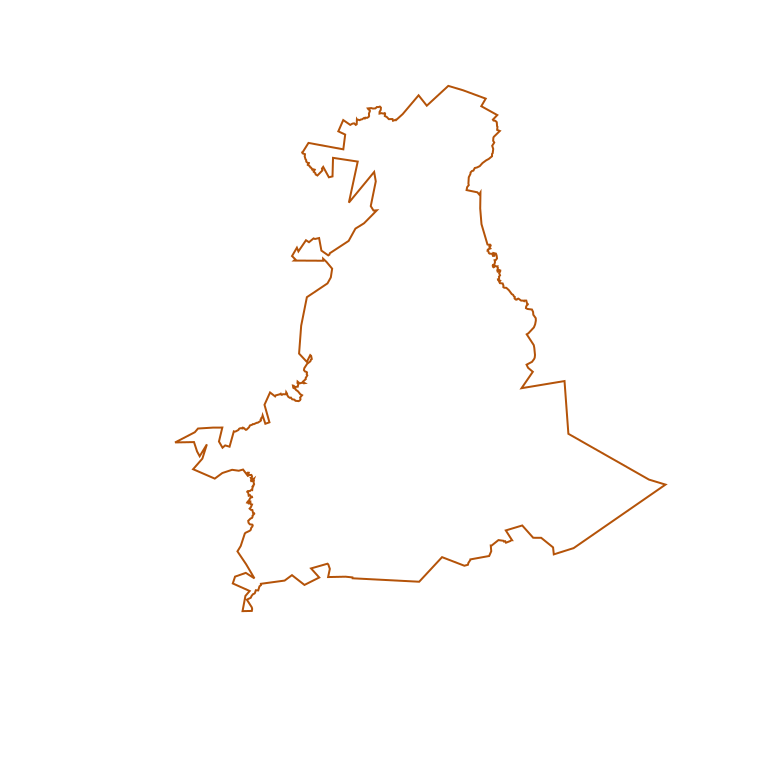 outline of Guanaceví, Durango, Mexico, rotated 236°
{"feature_id": "50627088B82205193577486", "entity_name": "Guanaceví", "entity_type": "district", "adm_level": 2, "iso_a3": "MEX", "parent_name": "Mexico", "parent_adm1": "Durango", "projection": "orthographic", "projection_center": [-105.88, 26.044], "detail": "fine", "context": "isolated", "style": "outline", "palette": "amber", "viewbox_px": 768, "rotation_deg": 236, "n_neighbors": 0, "source": "geoboundaries", "source_scale": "gbopen_adm2", "svg_char_len": 6166}
<svg xmlns="http://www.w3.org/2000/svg" viewBox="0 0 768 768"><g transform="rotate(236 384 384)"><path d="M156.6,550.2L239.6,509.0L285.5,535.3L303.6,495.7L310.9,514.2L316.9,512.5L320.3,513.0L319.6,519.1L320.8,522.5L321.6,523.7L323.6,525.4L329.9,528.8L332.5,529.9L345.4,530.1L345.3,532.1L347.1,539.9L348.9,542.6L351.6,545.3L353.7,546.6L357.9,546.5L360.4,547.9L363.0,548.3L366.0,544.9L367.5,544.1L368.5,544.9L369.6,546.7L369.4,547.2L369.7,547.9L371.0,547.7L373.6,548.6L374.5,547.3L374.3,546.5L375.3,546.1L376.5,544.3L379.6,543.2L380.0,542.1L379.7,541.2L380.4,540.4L381.9,540.1L383.0,541.1L383.9,540.7L385.7,540.9L387.1,540.2L391.9,540.0L395.3,539.2L396.6,537.5L397.6,537.1L398.9,538.1L401.0,538.6L402.8,536.5L404.3,536.7L404.6,538.1L405.4,537.8L405.3,536.9L406.4,536.7L407.1,537.0L406.9,537.9L407.5,538.8L408.7,539.3L409.2,541.0L411.5,541.4L412.3,543.2L413.1,543.9L414.0,543.3L413.4,542.9L413.7,541.1L414.8,541.4L416.6,543.4L417.6,543.4L418.1,543.9L418.8,542.8L420.2,541.9L419.4,540.9L419.5,540.1L420.2,539.9L421.3,540.3L421.8,540.9L421.4,542.4L423.1,544.3L424.8,544.9L424.3,546.1L424.9,547.9L427.5,549.2L429.5,549.7L431.6,547.8L431.3,547.3L429.5,548.0L428.6,547.1L429.2,546.0L431.4,546.5L433.1,544.4L434.0,544.2L436.3,544.9L436.6,544.4L437.2,544.9L437.4,545.9L436.9,548.0L438.7,548.0L438.9,549.6L439.3,550.0L440.3,549.8L440.8,548.6L441.8,547.8L462.0,554.2L475.7,561.9L488.9,571.1L487.9,568.9L490.7,568.6L498.6,560.9L500.7,563.0L501.5,565.5L502.9,566.0L508.0,569.9L509.8,573.1L511.0,574.1L511.4,576.1L510.9,577.4L512.3,580.0L511.5,582.2L511.1,585.2L512.1,589.2L512.3,593.9L512.0,596.6L512.4,600.9L514.3,602.2L514.6,603.2L517.8,606.0L521.0,606.9L522.5,610.4L524.6,610.5L526.9,612.3L527.5,613.2L529.0,621.5L531.4,619.9L533.8,621.9L534.5,621.9L538.0,623.9L539.9,623.5L541.2,622.1L542.3,622.1L543.6,628.3L559.9,620.0L563.7,627.9L583.3,613.8L595.2,604.0L590.8,575.1L604.0,574.1L597.3,550.4L596.1,541.9L596.4,542.0L597.2,538.7L598.9,539.2L600.9,536.1L603.8,535.6L605.7,534.5L607.5,536.1L608.2,536.1L608.5,534.7L610.0,533.3L610.7,531.5L612.1,532.5L613.1,534.6L614.9,536.0L616.3,535.7L616.7,534.2L617.6,533.0L617.3,531.0L618.5,528.9L619.9,527.7L621.5,524.7L620.2,524.7L619.0,525.3L618.2,525.0L616.6,522.7L614.5,521.5L614.0,520.5L614.1,518.8L615.1,517.6L614.8,516.6L615.7,516.3L615.7,513.8L616.3,512.5L616.3,511.4L617.7,510.2L617.8,509.5L618.5,509.5L614.6,506.6L614.6,505.5L616.8,505.0L617.5,503.4L617.7,500.9L625.6,497.8L619.0,487.4L612.5,491.3L601.3,481.5L626.1,456.2L621.8,446.5L621.8,445.7L620.7,445.5L618.7,447.0L617.0,445.5L614.2,444.6L613.2,444.7L611.8,443.9L610.2,444.3L609.2,445.3L608.8,444.9L608.8,443.9L608.3,443.3L606.3,444.2L604.6,444.1L604.1,444.6L601.7,444.4L601.9,445.1L600.4,446.4L599.2,444.4L597.2,445.0L595.9,444.5L594.1,445.4L595.5,452.3L597.3,453.0L598.0,455.0L586.2,453.9L584.9,457.4L600.0,468.2L583.1,486.6L554.0,456.3L565.3,494.4L556.6,490.5L538.9,472.5L533.7,472.3L532.0,475.2L528.4,457.3L528.8,447.2L522.4,434.7L522.7,412.2L521.8,411.1L521.8,409.7L529.6,406.7L541.3,411.8L542.8,407.9L544.1,407.0L543.5,401.1L546.8,399.7L541.8,387.2L545.7,388.0L541.5,379.3L536.8,380.2L536.6,378.5L520.2,402.5L521.9,403.6L517.4,404.6L508.6,405.5L502.1,399.5L499.0,393.4L499.1,368.6L478.6,347.9L456.7,330.6L445.5,332.4L449.2,339.0L448.1,339.3L445.1,338.1L445.0,337.0L444.0,335.6L443.7,331.5L441.7,326.8L440.3,325.4L438.6,325.5L437.2,326.6L436.4,326.5L435.4,325.4L434.1,325.3L432.7,322.3L431.8,321.9L431.3,318.1L430.7,317.9L429.0,318.8L429.4,317.9L430.8,317.0L431.7,314.4L434.3,313.7L433.2,312.8L432.2,313.2L430.0,311.0L431.6,308.1L432.9,308.2L433.6,307.6L431.6,306.7L430.3,307.3L430.0,307.9L428.4,307.7L426.0,308.6L422.3,308.9L420.5,309.8L419.7,306.9L418.1,306.3L417.5,305.3L417.5,303.7L419.6,301.2L421.1,301.0L422.7,299.3L424.8,299.2L425.2,298.2L426.8,297.5L429.1,297.6L430.1,298.2L431.8,298.3L430.8,297.4L430.6,296.6L432.1,294.4L432.1,293.3L432.5,292.9L433.7,293.0L433.8,291.7L435.1,287.9L434.6,286.8L440.7,284.8L433.6,273.3L416.3,267.6L417.4,263.4L425.8,265.8L424.8,264.7L424.4,263.3L423.8,262.9L423.6,261.9L422.6,261.6L422.4,261.0L422.5,257.6L423.0,256.9L423.5,253.6L424.1,252.9L424.0,251.9L424.6,249.6L423.6,247.9L423.0,244.5L423.3,243.8L426.1,243.1L426.1,242.2L426.9,242.1L426.8,241.3L427.7,240.1L427.9,238.9L427.3,237.6L427.6,234.7L428.0,233.5L428.7,233.0L418.4,220.9L421.9,218.0L421.5,214.5L428.6,215.0L438.3,225.6L443.5,217.8L451.1,204.9L449.8,200.2L452.4,178.1L442.1,194.0L432.6,191.3L427.2,190.8L433.0,203.4L423.7,191.7L420.1,178.1L400.2,190.8L400.6,200.2L397.8,210.1L393.3,215.1L391.9,219.3L383.1,219.8L386.7,220.7L386.7,221.5L386.1,222.2L385.7,221.5L383.8,221.4L382.8,223.2L381.3,223.0L380.4,222.0L380.7,221.1L379.9,221.0L378.9,222.3L378.0,222.2L378.1,223.1L377.6,222.4L377.7,221.5L378.7,221.1L378.6,219.9L377.7,219.6L376.4,221.8L375.5,220.9L373.6,220.3L372.7,218.1L372.4,218.4L371.6,217.0L370.0,215.6L370.5,215.4L370.2,213.4L371.4,211.0L371.1,210.3L369.8,210.6L367.1,209.4L366.9,210.7L365.3,210.6L364.5,211.5L363.9,211.3L364.4,209.7L363.2,207.3L362.6,207.1L362.8,205.5L362.2,204.2L361.1,205.1L361.5,205.8L361.3,206.8L360.6,205.9L360.4,207.0L359.0,206.2L357.9,207.2L356.4,204.9L355.8,202.9L354.0,203.4L353.2,204.4L349.7,203.1L349.4,204.0L349.0,203.9L348.3,201.3L347.4,200.8L346.8,199.6L347.1,198.1L346.5,194.9L344.7,194.1L342.7,194.3L341.0,196.2L340.2,196.1L339.4,195.1L339.1,193.7L337.6,191.9L337.4,190.6L338.1,185.9L337.8,184.9L329.8,174.6L327.2,168.9L311.7,168.9L295.3,167.9L304.7,163.8L307.6,152.8L303.2,147.1L287.5,156.9L285.8,150.6L274.8,139.7L269.8,147.5L271.2,148.9L272.8,149.5L281.9,149.7L281.3,154.0L282.4,155.8L283.0,157.9L282.7,159.4L282.9,160.1L284.7,162.4L283.2,164.3L285.9,167.6L286.1,169.6L287.2,170.2L276.6,191.7L277.0,200.8L261.9,205.7L259.8,222.1L271.9,220.4L266.6,236.7L265.5,236.9L261.0,235.7L255.2,229.7L245.8,244.3L241.3,249.7L240.5,249.3L200.4,302.6L208.0,335.3L188.4,349.0L187.2,352.5L188.5,353.9L189.8,357.1L190.3,357.5L182.6,375.0L185.4,379.4L190.4,382.2L189.9,382.9L190.6,391.6L187.1,395.5L186.2,395.4L185.8,396.6L184.2,396.4L183.2,400.9L183.3,402.2L182.9,402.8L194.5,403.1L189.4,419.5L173.1,421.7L168.6,428.3L154.0,432.8L147.8,429.5L141.9,449.5L143.2,561.1L156.6,550.2Z" fill="none" stroke="#b45309" stroke-width="2"/></g></svg>